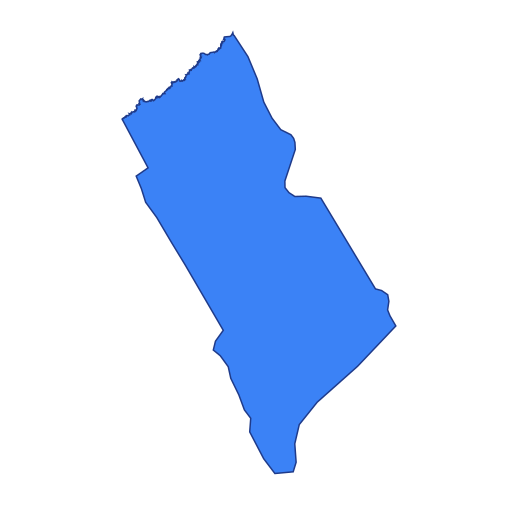 Amada-Gaza, Mambéré-Kadéï, Central African Republic (Albers equal-area conic projection), rotated 60°
{"feature_id": "33826404B6437617730206", "entity_name": "Amada-Gaza", "entity_type": "district", "adm_level": 2, "iso_a3": "CAF", "parent_name": "Central African Republic", "parent_adm1": "Mambéré-Kadéï", "projection": "albers", "projection_center": [14.714, 4.811], "detail": "fine", "context": "isolated", "style": "filled", "palette": "blue", "viewbox_px": 512, "rotation_deg": 60, "n_neighbors": 0, "source": "geoboundaries", "source_scale": "gbopen_adm2", "svg_char_len": 5508}
<svg xmlns="http://www.w3.org/2000/svg" viewBox="0 0 512 512"><g transform="rotate(60 256 256)"><path d="M316.1,340.0L324.5,336.8L338.0,335.4L349.3,339.0L367.7,340.3L383.5,343.0L393.9,341.7L405.2,349.4L435.4,350.7L453.8,348.4L461.5,331.7L454.7,324.4L438.0,316.3L423.6,302.8L413.2,276.1L402.3,223.2L386.5,169.9L374.8,169.9L368.5,169.0L361.7,163.6L355.4,161.3L348.7,164.5L344.2,169.0L238.3,170.9L229.3,182.7L223.9,192.6L217.6,195.8L211.3,196.7L205.5,193.5L183.4,168.7L177.1,165.5L173.0,164.6L168.5,165.1L159.0,171.4L144.6,173.2L126.6,172.3L103.2,166.4L79.3,163.3L54.0,164.7L53.5,165.2L51.0,164.4L51.9,165.7L52.9,167.9L52.8,168.9L51.5,171.6L50.5,173.9L51.4,174.9L51.7,174.9L51.6,175.0L52.0,175.3L52.2,175.1L52.3,175.4L52.5,175.1L52.9,175.0L53.3,175.3L53.4,175.0L53.6,175.2L54.2,176.3L53.9,176.5L53.8,177.1L53.5,177.3L53.5,177.7L53.7,177.8L53.3,177.9L53.4,178.2L53.6,178.2L53.5,178.4L53.8,178.5L54.0,178.9L54.6,179.4L54.8,179.1L55.1,179.7L55.0,179.8L55.3,179.9L55.2,180.1L54.9,180.0L54.9,180.4L55.3,180.5L55.2,180.7L55.5,180.8L55.6,180.6L55.8,180.7L55.9,181.2L56.1,181.3L56.4,181.0L56.5,181.3L57.0,181.5L57.0,181.8L57.2,182.0L57.4,182.1L57.4,182.3L57.5,182.1L58.3,182.7L58.0,183.2L58.1,183.4L57.7,183.5L57.7,183.8L57.4,184.0L57.7,184.2L57.6,184.4L57.8,184.5L57.6,184.7L57.7,185.2L58.1,185.2L58.1,185.4L58.5,185.3L58.4,185.8L58.7,185.9L58.9,186.2L58.8,186.9L59.0,187.0L58.9,187.2L59.1,187.2L59.3,187.3L59.2,187.5L59.3,187.7L59.1,187.8L59.1,188.0L58.9,187.9L58.9,188.4L58.8,188.6L59.0,188.9L58.9,189.6L59.0,190.1L58.7,190.0L58.3,190.3L58.2,191.0L57.0,194.0L57.8,195.7L57.4,196.5L57.6,197.4L56.9,197.8L56.5,198.7L54.4,199.8L53.6,200.9L53.0,202.5L53.6,203.4L53.8,203.5L54.2,203.3L54.1,203.8L54.5,203.7L54.8,204.0L55.3,204.2L55.6,204.1L56.1,204.6L56.4,204.2L56.5,204.5L56.4,204.7L56.7,204.7L56.7,205.0L56.9,204.9L56.9,205.5L57.3,205.6L58.0,206.6L57.8,206.8L58.0,206.9L58.5,206.8L58.3,207.1L58.6,207.3L58.6,207.5L58.2,207.7L58.6,207.7L58.3,208.0L58.6,208.4L59.0,208.5L58.8,208.9L59.0,208.7L58.9,208.9L59.2,208.8L59.0,209.2L59.7,209.0L59.8,209.4L59.6,209.7L60.1,209.7L60.2,210.0L60.2,210.3L60.1,210.5L61.3,210.8L61.2,211.1L60.9,211.1L60.7,211.2L60.8,211.4L60.7,211.9L60.8,212.1L61.1,212.1L61.3,212.6L61.2,212.8L61.6,212.9L61.8,213.1L61.6,213.7L61.8,214.0L61.6,214.2L61.9,214.2L61.8,214.5L61.3,214.6L61.2,214.8L61.5,215.1L61.7,215.3L61.2,215.3L62.1,216.1L62.0,216.3L61.8,216.3L61.7,216.7L61.4,216.9L62.0,218.0L62.0,218.6L61.9,218.8L62.1,219.0L62.4,218.9L62.8,219.2L62.5,219.6L61.9,219.8L61.7,220.5L62.3,220.5L62.2,220.8L62.7,221.2L62.9,221.6L63.2,222.0L63.9,222.2L63.8,222.6L64.5,223.0L64.1,223.2L64.5,223.3L64.3,223.5L64.3,223.8L64.1,223.9L64.4,224.1L64.4,224.6L64.2,224.9L64.5,225.2L64.2,225.7L64.8,225.5L64.5,225.8L64.7,226.3L65.0,226.5L65.3,227.0L66.0,227.3L66.0,228.1L66.3,228.3L66.1,228.5L66.6,228.9L67.0,228.8L67.4,229.2L67.3,229.7L67.7,229.5L67.6,229.9L68.0,230.1L68.1,230.3L67.8,230.6L67.8,230.9L67.7,231.0L67.5,232.0L67.6,232.3L66.9,232.5L67.3,232.9L67.0,233.1L66.8,234.4L66.6,234.5L66.3,234.3L65.5,234.2L64.1,234.3L63.8,234.5L64.1,234.8L63.9,235.3L64.2,235.4L64.1,235.8L64.4,235.7L64.4,236.1L64.1,235.9L64.0,236.1L64.7,236.6L64.7,237.0L64.9,237.2L64.7,237.4L64.9,237.6L64.7,237.9L65.0,238.1L65.0,238.5L64.9,238.8L64.7,239.0L64.8,239.2L64.6,239.3L64.5,239.6L64.7,240.0L64.7,240.3L64.6,240.5L64.3,240.3L64.3,240.6L63.8,240.7L63.6,241.3L63.4,241.5L63.6,241.7L63.2,241.8L63.4,242.0L63.7,241.8L63.6,242.2L63.9,242.4L63.8,242.7L64.1,242.7L64.2,242.4L64.6,242.5L64.6,242.3L65.5,243.0L65.6,243.3L66.5,243.7L66.2,243.9L66.2,244.4L66.9,245.2L66.8,245.5L67.0,246.0L66.8,246.3L67.2,246.4L67.1,246.5L66.8,246.4L66.4,246.7L66.6,247.2L67.2,247.6L67.5,247.6L67.3,248.0L67.0,248.0L66.9,247.8L66.8,248.0L66.9,248.7L67.1,248.9L67.2,250.1L67.3,250.2L67.7,249.9L68.2,252.9L68.5,253.8L69.8,253.7L69.7,253.9L69.5,254.1L69.1,255.4L68.8,255.6L69.2,256.0L69.2,256.5L69.8,257.5L70.1,258.4L69.9,258.7L69.7,259.7L70.5,259.7L70.6,260.2L70.2,260.4L70.3,260.8L70.1,261.0L69.0,261.0L68.4,261.4L68.2,261.8L68.6,261.9L68.9,262.2L68.3,262.2L68.3,262.5L68.7,262.4L69.0,262.5L68.8,262.8L68.5,262.8L68.7,263.2L69.0,263.4L68.7,263.7L68.8,263.8L69.2,263.9L69.5,264.1L69.9,265.6L70.1,265.7L70.3,267.1L70.2,267.3L69.0,267.3L68.9,267.8L68.5,267.7L68.4,267.8L68.4,269.1L69.2,269.1L69.4,269.3L69.2,269.8L68.6,269.8L68.1,269.9L68.4,271.5L68.1,272.0L68.3,272.3L67.9,272.8L67.9,273.6L67.2,274.2L67.1,274.8L66.8,274.8L66.4,275.3L65.8,275.2L65.4,275.6L65.0,275.6L65.2,276.0L64.8,275.9L64.9,275.6L64.7,275.4L63.7,275.6L63.6,275.8L63.8,276.0L63.4,276.2L63.2,276.0L63.3,276.5L62.9,276.5L62.3,277.4L62.6,277.9L63.2,279.6L65.3,280.4L65.4,281.1L66.1,281.0L66.3,280.7L66.6,280.7L66.6,281.2L66.8,281.7L65.6,283.5L65.8,283.8L66.1,283.9L65.9,284.2L66.1,284.4L66.2,284.7L66.8,285.1L67.6,284.9L68.6,285.4L68.9,285.4L69.0,285.9L69.4,286.1L70.0,286.9L69.6,287.2L70.0,287.6L69.5,287.8L69.3,287.7L69.2,287.9L69.6,288.0L69.8,288.5L70.2,288.4L70.5,288.7L70.4,289.4L69.7,290.1L69.6,291.4L69.8,291.8L69.4,291.9L69.7,292.1L69.5,292.5L69.9,292.7L70.1,292.9L70.4,293.0L69.7,294.0L70.0,294.3L69.6,294.6L70.3,294.6L70.6,294.8L70.4,295.1L70.4,295.7L70.7,296.6L70.0,297.2L69.8,297.7L70.0,297.9L70.1,298.3L69.7,298.4L69.8,298.6L70.2,298.5L70.5,298.7L69.9,299.4L70.0,299.6L70.4,299.4L70.5,299.5L70.0,299.9L70.1,300.2L70.6,300.9L70.5,301.3L70.1,301.7L70.7,302.8L70.7,303.1L70.4,302.9L70.3,303.0L70.5,303.5L125.7,305.4L126.9,319.8L140.4,321.6L154.3,324.7L173.0,322.7L202.2,322.4L228.1,321.8L304.0,321.5L309.5,333.7L316.1,340.0Z" fill="#3b82f6" stroke="#1e3a8a" stroke-width="1.5"/></g></svg>